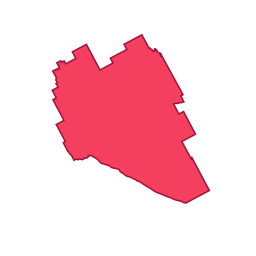 Boddington, Western Australia, Australia, rotated 152°
{"feature_id": "25037944B46034099777028", "entity_name": "Boddington", "entity_type": "district", "adm_level": 2, "iso_a3": "AUS", "parent_name": "Australia", "parent_adm1": "Western Australia", "projection": "robinson", "projection_center": [116.4, -32.792], "detail": "fine", "context": "isolated", "style": "filled", "palette": "rose", "viewbox_px": 256, "rotation_deg": 152, "n_neighbors": 0, "source": "geoboundaries", "source_scale": "gbopen_adm2", "svg_char_len": 4288}
<svg xmlns="http://www.w3.org/2000/svg" viewBox="0 0 256 256"><g transform="rotate(152 128 128)"><path d="M85.5,34.6L85.5,71.9L86.3,71.2L86.7,70.9L86.8,90.8L83.3,90.8L71.3,90.9L71.3,114.3L71.2,116.4L76.5,116.5L76.5,128.0L75.7,127.8L72.8,126.6L70.0,125.8L68.6,125.2L68.3,125.1L68.1,125.1L66.9,125.1L66.6,125.0L66.4,124.9L66.3,131.6L63.8,131.6L64.3,176.1L64.9,176.1L65.0,176.0L65.3,176.0L65.5,176.1L65.6,176.3L65.6,176.5L65.4,176.7L65.2,176.9L65.1,177.0L64.9,177.2L64.8,177.5L64.7,177.7L64.6,177.8L64.4,177.9L64.3,178.0L64.1,177.9L64.1,178.0L64.0,178.3L64.0,178.5L64.3,178.8L64.6,179.0L64.8,179.0L65.0,179.1L65.1,179.4L65.2,179.6L65.3,179.9L65.3,180.0L65.4,180.3L65.5,180.4L66.0,180.8L66.2,181.3L66.3,181.8L66.3,182.0L66.1,182.5L66.1,182.8L66.2,183.0L66.2,183.3L66.1,183.5L66.4,184.0L66.4,184.3L66.6,184.7L66.6,184.8L66.7,185.0L66.9,185.3L67.0,185.3L67.4,185.4L67.5,185.3L67.6,185.2L67.8,184.7L67.8,184.4L67.7,184.1L67.7,183.9L67.6,183.7L67.9,183.5L68.0,183.4L68.4,183.3L68.7,183.4L69.0,183.5L69.3,183.6L69.5,183.6L69.6,183.8L69.7,184.1L69.7,184.3L69.6,184.5L69.6,184.8L70.0,185.6L70.3,186.1L70.4,186.3L70.5,186.3L70.8,186.6L70.9,187.0L70.8,187.4L70.8,187.6L70.8,187.8L71.1,188.1L71.4,188.4L71.4,188.5L71.7,188.9L72.0,189.1L72.0,193.8L72.0,203.8L79.6,203.8L86.7,203.8L92.2,203.8L92.2,197.9L100.0,197.9L110.8,197.9L110.8,192.4L125.5,192.4L125.5,221.4L141.4,221.4L141.4,213.9L152.9,213.9L152.9,217.2L154.7,217.2L154.7,217.3L155.8,217.3L155.8,218.7L157.2,218.7L157.2,219.0L158.1,219.0L160.3,219.0L160.3,216.8L160.1,216.8L160.1,214.7L160.5,214.7L160.5,212.6L162.3,212.6L162.3,213.4L164.6,213.4L164.6,213.6L167.7,213.6L167.7,211.1L167.6,206.5L167.6,206.3L168.2,205.4L168.6,205.0L169.2,204.1L169.2,201.1L170.7,201.1L170.7,200.2L170.5,196.9L177.2,196.9L177.2,195.3L177.2,188.3L181.0,188.3L181.0,164.8L189.7,164.8L189.7,145.5L192.0,145.5L192.2,135.6L191.9,135.6L191.7,134.7L191.5,131.6L190.8,130.5L190.8,129.4L190.5,128.2L190.8,128.2L190.8,126.0L190.9,124.8L190.7,124.8L190.3,125.1L190.2,125.1L189.8,125.0L189.4,124.8L189.3,124.7L189.1,124.7L188.7,124.8L188.4,124.7L188.0,124.3L187.8,124.2L187.6,124.0L187.5,123.9L187.2,123.6L186.9,123.4L186.7,123.4L186.4,123.4L186.1,123.5L185.8,123.5L185.7,123.5L185.5,123.4L185.4,123.3L185.0,123.1L184.9,122.9L184.7,122.7L184.3,122.5L184.2,122.4L183.8,122.0L183.6,121.8L183.4,121.6L183.2,121.5L182.9,121.5L182.7,121.5L182.4,121.4L182.1,121.4L181.9,121.4L181.8,121.5L181.7,121.5L181.2,121.8L180.8,121.8L180.5,121.8L180.2,121.6L179.8,121.3L179.7,121.3L179.6,121.2L179.4,121.3L179.1,121.2L178.9,121.1L178.7,121.1L178.2,120.8L177.9,120.8L177.7,120.8L177.1,121.1L176.8,121.4L176.7,121.4L176.7,121.5L176.5,122.0L176.4,122.1L176.1,122.3L175.9,122.3L175.8,122.2L175.7,122.1L175.6,121.9L175.6,121.7L175.4,121.6L175.2,121.5L175.1,121.4L174.9,121.3L174.7,121.4L174.6,121.6L173.9,121.6L173.5,120.9L173.1,120.3L170.9,116.9L170.5,116.2L169.9,115.1L169.7,114.6L169.6,114.3L169.5,114.0L168.7,110.7L168.6,110.3L168.5,110.1L168.4,109.8L168.1,109.5L167.8,109.0L167.6,108.8L163.5,104.8L162.9,104.2L162.6,103.9L162.3,103.5L162.1,103.3L162.0,103.0L161.8,102.6L161.5,101.7L161.3,101.3L161.2,101.1L160.9,100.7L160.6,100.3L160.2,100.0L156.9,97.1L156.2,96.5L155.7,95.9L155.5,95.5L155.4,95.3L155.3,95.1L155.3,94.9L155.3,94.7L155.4,94.0L155.4,93.7L155.4,93.3L155.3,93.1L154.5,91.4L154.3,91.2L154.2,91.0L154.0,90.7L153.8,90.5L153.6,90.2L153.2,89.2L152.6,87.7L152.4,87.2L151.8,86.2L151.5,85.8L151.3,85.5L151.0,85.3L150.7,85.0L149.8,84.5L149.6,84.3L149.4,84.1L149.2,84.0L149.1,83.8L149.0,83.6L148.9,83.5L148.7,83.0L148.7,82.9L147.7,81.6L145.9,79.2L145.6,78.9L145.5,78.7L145.2,78.3L145.1,78.1L144.9,77.6L144.9,77.2L144.5,76.7L144.3,76.5L143.6,76.1L143.4,75.9L143.2,75.5L143.2,75.4L142.0,73.4L141.8,73.1L141.2,71.7L140.9,71.2L139.4,68.6L139.2,68.2L137.9,66.2L137.1,64.9L136.7,64.2L135.9,62.7L134.9,60.8L134.0,59.2L133.9,59.0L133.7,58.8L131.8,56.5L130.9,55.4L129.9,54.3L128.8,53.0L127.1,50.9L126.1,49.6L124.9,48.2L124.6,47.9L124.0,47.3L123.0,46.4L122.8,46.1L121.9,44.8L121.7,44.5L121.4,44.1L121.0,43.5L120.7,43.2L119.6,42.0L119.4,41.8L118.2,40.9L118.0,40.7L117.5,40.2L116.7,39.5L116.5,39.4L115.6,38.3L115.4,38.1L114.9,37.6L114.6,37.3L114.6,37.2L114.4,36.8L114.3,36.6L114.1,36.3L113.9,36.1L113.7,35.9L112.8,35.2L112.2,34.6L85.5,34.6Z" fill="#f43f5e" stroke="#9f1239" stroke-width="1.5"/></g></svg>